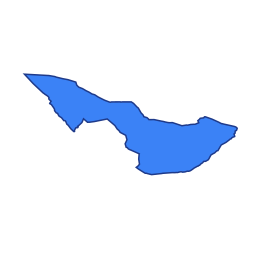 outline of Santa María Tlalixtac, Oaxaca, Mexico, rotated 96°
{"feature_id": "50627088B20001539199633", "entity_name": "Santa María Tlalixtac", "entity_type": "district", "adm_level": 2, "iso_a3": "MEX", "parent_name": "Mexico", "parent_adm1": "Oaxaca", "projection": "equal_earth", "projection_center": [-96.736, 17.917], "detail": "fine", "context": "isolated", "style": "filled", "palette": "blue", "viewbox_px": 256, "rotation_deg": 96, "n_neighbors": 0, "source": "geoboundaries", "source_scale": "gbopen_adm2", "svg_char_len": 2660}
<svg xmlns="http://www.w3.org/2000/svg" viewBox="0 0 256 256"><g transform="rotate(96 128 128)"><path d="M116.8,19.4L116.3,20.0L116.0,20.4L115.9,20.6L115.7,21.0L115.4,22.1L115.0,25.3L114.1,33.2L113.8,35.2L113.9,35.5L112.8,38.2L110.4,45.4L108.8,52.1L108.9,53.1L110.0,53.8L110.8,57.2L111.6,57.7L111.8,57.8L113.4,59.3L115.4,58.2L117.3,61.7L117.4,62.9L118.0,66.3L118.2,66.7L119.0,69.2L118.9,70.0L120.1,74.6L118.0,84.3L118.4,87.5L118.4,88.9L118.1,91.9L117.8,93.6L117.7,95.4L116.9,103.0L117.4,107.0L117.4,108.3L116.8,108.7L115.7,110.2L115.1,113.5L114.4,113.8L113.8,114.1L112.9,115.0L111.6,116.6L107.0,119.9L106.3,121.1L102.9,125.1L102.3,126.3L102.2,126.5L101.7,127.4L102.6,135.9L102.6,136.1L103.0,138.0L102.8,138.4L103.8,146.9L103.8,147.1L104.3,148.5L103.8,150.5L103.4,152.0L102.8,154.2L102.0,156.4L100.3,160.9L98.4,164.6L97.9,167.4L96.5,170.3L95.3,173.6L93.6,177.3L92.5,181.3L90.8,183.4L87.8,184.7L86.2,192.8L85.8,197.8L84.9,204.7L84.5,206.1L84.1,212.2L85.3,236.6L93.7,227.0L102.0,216.1L102.3,215.5L102.9,214.4L103.2,214.1L103.3,213.8L104.6,211.3L105.1,210.7L105.4,210.3L106.1,209.8L107.3,209.8L107.5,209.7L108.1,209.1L109.4,207.3L109.6,207.3L111.1,208.2L111.9,208.4L112.7,206.6L113.9,205.6L115.7,204.0L116.9,203.1L118.5,202.8L120.5,200.9L120.8,199.5L121.8,199.0L123.4,197.8L124.7,195.2L127.4,192.6L127.3,191.7L127.5,191.0L128.2,190.5L130.6,189.2L131.3,188.1L131.7,187.6L134.0,185.5L135.0,184.5L137.2,181.6L137.2,181.1L137.0,180.8L136.0,181.0L133.3,180.0L132.9,178.1L132.1,177.7L131.6,178.3L130.3,176.9L127.4,174.4L123.5,173.2L126.5,168.9L126.2,166.6L125.1,162.1L121.2,149.6L126.9,141.3L130.2,138.6L131.3,137.0L132.6,135.7L133.1,135.5L135.5,129.5L139.8,127.8L141.1,128.2L144.0,129.2L147.4,127.8L147.6,126.6L148.7,125.6L149.2,124.5L149.7,122.7L152.5,114.1L152.8,114.2L157.8,114.1L162.8,112.8L164.7,114.0L166.3,115.7L167.7,113.4L169.2,110.4L171.2,106.2L171.1,104.6L171.3,104.0L171.9,99.7L169.7,89.5L169.5,89.0L169.4,88.6L167.8,79.6L167.7,78.9L167.6,77.9L167.5,76.5L167.2,75.5L167.2,74.7L167.1,73.9L166.6,72.8L166.1,71.2L166.0,70.7L166.0,70.0L166.2,69.4L166.1,68.5L165.9,67.9L165.8,67.1L165.7,66.7L165.0,65.1L164.7,64.2L164.7,63.2L164.5,62.6L163.9,61.4L162.4,59.6L160.8,57.9L159.6,56.1L158.9,55.2L158.6,54.3L158.2,54.1L157.8,53.5L157.6,52.9L156.1,51.8L155.3,50.8L154.8,50.2L153.3,49.2L153.0,47.3L152.4,46.5L151.1,44.7L146.2,42.7L144.8,40.9L143.7,39.2L141.5,37.4L141.1,36.2L135.1,33.5L132.1,29.1L129.3,26.1L128.3,25.2L127.9,24.2L127.0,23.8L126.1,22.7L126.0,22.3L125.3,21.0L124.0,21.4L123.0,21.9L122.6,21.8L122.0,21.0L121.4,21.0L120.9,21.0L119.9,21.1L119.7,21.0L119.1,19.9L118.1,19.6L117.1,19.4L116.8,19.4Z" fill="#3b82f6" stroke="#1e3a8a" stroke-width="1.5"/></g></svg>